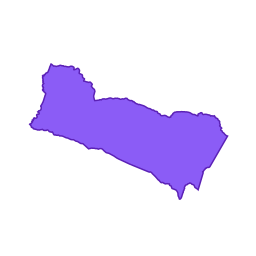 Jorge Basadre, Tacna, Peru (Robinson projection), rotated 74°
{"feature_id": "86281439B54708928525670", "entity_name": "Jorge Basadre", "entity_type": "district", "adm_level": 2, "iso_a3": "PER", "parent_name": "Peru", "parent_adm1": "Tacna", "projection": "robinson", "projection_center": [-70.838, -17.585], "detail": "fine", "context": "isolated", "style": "filled", "palette": "violet", "viewbox_px": 256, "rotation_deg": 74, "n_neighbors": 0, "source": "geoboundaries", "source_scale": "gbopen_adm2", "svg_char_len": 5742}
<svg xmlns="http://www.w3.org/2000/svg" viewBox="0 0 256 256"><g transform="rotate(74 128 128)"><path d="M163.2,34.5L162.4,35.6L161.4,36.3L160.3,36.9L159.4,37.2L158.6,37.9L157.7,38.4L156.9,38.4L156.4,38.6L155.9,39.2L155.4,39.4L154.8,39.2L154.1,38.5L153.9,38.0L151.3,39.3L151.0,39.2L150.8,38.7L150.5,38.5L148.6,38.6L146.9,38.1L146.1,38.5L144.7,39.3L143.7,39.3L142.7,40.7L141.9,40.8L141.2,41.5L140.6,41.4L140.0,41.7L140.1,42.5L139.3,44.2L139.2,45.3L138.1,45.8L137.8,46.6L136.4,49.0L135.9,50.8L135.8,52.0L135.1,52.5L133.8,52.8L133.4,53.5L133.4,54.1L133.7,54.8L133.8,56.2L133.9,56.5L134.1,56.9L134.4,57.0L135.5,57.4L135.5,57.7L135.0,58.5L133.3,60.4L132.9,61.9L130.4,64.2L129.6,65.4L128.7,67.2L128.4,68.3L127.8,69.6L127.6,70.6L127.0,72.1L126.9,73.0L125.9,76.7L125.9,77.9L125.7,78.7L125.8,79.1L126.5,80.9L127.4,81.4L127.8,82.8L128.5,83.6L129.1,83.8L129.3,84.0L129.1,84.6L129.3,85.1L129.0,85.3L129.0,85.7L128.6,86.2L128.5,86.5L127.9,87.0L127.6,87.4L127.1,87.7L126.7,88.1L126.0,89.1L125.7,91.2L125.3,92.7L124.5,93.2L123.9,93.2L123.4,93.4L123.0,93.8L122.1,95.1L120.4,95.4L120.0,95.8L119.5,97.0L118.8,97.9L118.0,98.3L117.7,98.7L117.6,99.4L117.1,100.0L115.4,101.6L114.9,102.9L114.0,103.8L113.8,104.2L112.8,104.9L111.1,106.6L108.5,110.5L108.3,111.6L107.6,112.2L106.8,113.5L105.9,114.0L105.5,114.6L104.8,114.8L104.2,115.2L104.0,115.5L104.1,115.9L103.0,116.5L102.6,117.0L102.4,118.0L102.1,118.4L102.0,118.9L101.6,119.2L100.9,120.0L99.9,120.6L99.5,120.7L99.2,120.9L98.7,122.2L99.0,124.0L98.4,125.3L98.4,127.1L98.2,127.6L97.4,128.3L97.0,129.2L96.5,129.8L96.2,131.3L95.8,132.2L95.9,133.4L95.8,134.1L95.5,134.8L94.5,136.2L94.2,136.9L94.1,138.4L94.2,139.4L94.1,141.6L93.5,142.6L93.1,144.3L93.1,144.7L93.5,145.7L93.6,146.0L93.0,147.2L93.2,148.1L92.8,150.8L92.5,152.4L91.4,152.5L88.5,152.4L87.2,151.9L85.5,150.8L85.0,150.6L83.9,149.8L83.4,149.7L81.6,149.7L80.2,150.8L79.3,151.0L78.2,151.6L77.8,151.7L77.4,151.5L76.4,150.4L75.7,150.4L73.6,151.5L73.3,152.2L73.2,153.6L72.6,154.3L72.1,155.4L71.4,156.2L70.7,157.6L70.1,157.5L69.2,156.5L68.7,156.3L67.2,157.5L66.8,157.7L64.7,157.3L64.0,157.5L62.2,159.7L61.7,159.8L59.6,158.8L59.0,158.7L57.8,159.0L56.9,159.6L56.7,160.1L57.2,162.5L57.2,163.5L57.0,164.0L56.8,164.0L55.6,163.3L54.7,163.3L54.0,163.9L53.2,164.8L52.8,166.2L53.0,167.7L52.8,168.6L52.2,169.9L51.5,171.0L51.3,171.9L51.0,172.6L50.3,173.1L50.0,174.3L49.4,175.1L49.0,175.9L49.2,178.0L49.0,179.0L49.1,179.6L49.0,180.1L48.2,181.3L48.0,182.4L45.5,184.0L45.3,184.4L46.8,185.5L47.9,186.5L49.0,187.1L52.3,189.7L52.5,190.0L52.4,190.5L52.6,191.0L52.7,191.9L53.2,192.6L53.7,192.9L53.7,193.5L53.9,193.9L54.3,194.1L53.9,194.9L54.1,195.1L54.1,195.4L54.2,195.6L54.7,195.3L54.7,195.5L54.9,195.8L55.2,195.7L55.8,196.0L56.5,196.1L56.5,196.3L57.1,196.2L57.7,196.4L58.2,196.3L58.6,196.6L58.9,196.6L59.1,196.8L59.4,196.6L59.7,196.8L59.8,196.6L60.5,196.7L60.7,197.2L61.5,197.2L62.1,196.8L62.6,197.8L63.4,198.5L64.2,198.6L64.5,198.4L64.7,198.7L65.0,198.7L65.8,198.1L66.4,198.4L66.8,198.8L67.1,198.8L67.3,199.2L67.4,199.3L67.7,198.9L68.1,199.6L68.6,199.5L68.6,199.2L69.0,198.8L69.8,198.9L70.2,198.7L70.5,198.4L70.9,198.1L71.7,197.9L72.0,197.6L72.6,197.8L74.0,198.7L74.3,199.1L74.8,199.3L76.7,200.6L77.7,201.2L79.4,202.4L81.6,204.4L82.7,205.7L83.3,205.9L83.8,205.6L85.2,206.0L86.1,206.5L86.5,206.9L87.0,208.0L86.9,209.2L87.7,209.6L87.8,209.8L87.7,210.2L88.2,210.1L88.3,209.7L88.8,209.3L89.2,209.3L89.8,209.5L90.1,210.1L89.8,211.1L89.9,211.7L90.2,212.2L90.4,212.3L90.7,212.2L91.2,212.4L91.9,212.1L92.9,212.7L93.1,213.1L93.2,213.9L92.8,214.9L92.4,215.3L92.6,215.8L92.9,215.6L93.0,215.6L93.2,215.8L93.2,216.1L93.6,216.7L93.9,216.7L94.0,217.2L94.2,216.9L94.4,217.2L94.6,217.2L94.7,217.6L95.1,217.8L95.0,218.0L95.2,218.4L95.3,218.6L95.6,218.4L95.8,218.5L96.0,218.4L96.4,219.0L96.5,219.4L97.1,219.7L97.1,220.4L97.3,220.6L97.1,221.1L97.3,221.5L97.6,221.4L98.0,221.1L98.8,220.8L99.2,220.6L100.6,220.6L100.8,220.1L101.2,220.0L102.0,219.2L102.7,219.1L104.4,216.1L104.9,215.6L105.2,214.7L105.3,214.0L105.5,213.8L105.6,213.5L105.5,212.8L105.7,211.8L105.7,210.7L106.1,210.3L106.7,210.0L107.2,209.4L107.3,209.0L107.8,207.3L107.8,207.0L107.6,206.4L107.7,205.9L108.2,205.4L109.9,204.6L110.1,204.0L110.9,202.9L110.9,202.1L111.1,201.7L113.8,201.2L114.4,200.7L114.6,199.6L115.0,199.3L115.6,197.8L115.6,197.0L115.9,196.5L116.6,196.1L116.9,195.6L117.0,194.8L117.8,193.1L120.4,190.1L120.9,188.9L123.3,186.2L123.9,184.9L124.2,183.6L126.3,181.7L127.1,180.2L129.7,177.9L130.0,177.4L130.6,175.7L137.2,171.6L137.2,170.4L137.3,169.7L137.2,169.0L137.4,168.3L137.6,167.9L138.2,166.0L138.8,165.0L139.1,164.3L139.2,163.4L140.1,162.5L140.2,162.0L140.0,161.1L140.2,160.1L140.6,159.1L141.6,158.2L143.2,157.4L145.5,155.9L145.9,155.4L147.1,153.3L151.0,149.3L153.8,147.0L155.7,145.0L163.2,136.3L175.2,121.1L175.9,120.2L176.3,119.5L176.4,118.5L177.5,117.6L178.5,117.2L182.4,115.0L186.1,113.3L186.8,112.8L186.9,112.5L187.7,112.3L189.4,111.4L189.7,111.1L189.8,110.7L189.9,109.8L190.0,109.5L190.7,109.0L192.0,107.6L192.3,105.7L192.9,104.5L193.1,103.8L193.2,103.6L194.2,103.8L194.7,103.7L195.6,102.6L195.9,102.5L197.6,102.5L198.3,102.3L198.5,102.1L199.0,101.3L200.7,99.1L202.1,98.4L203.2,98.1L204.6,98.0L205.8,98.3L207.2,98.5L208.7,98.2L210.4,98.2L210.7,97.8L210.7,97.4L210.4,96.9L210.2,96.5L209.4,95.7L209.0,95.5L208.5,95.2L208.3,94.9L207.6,94.6L206.9,94.0L206.5,93.9L205.6,93.2L205.3,92.8L203.8,92.1L203.4,91.5L202.6,91.1L201.6,90.2L201.1,90.3L200.5,90.1L199.7,89.2L199.1,88.9L198.8,88.2L198.8,87.0L198.2,85.8L198.2,84.9L197.9,83.7L198.6,82.7L199.8,82.0L200.2,81.2L201.2,80.3L203.6,80.0L206.1,77.9L206.7,77.6L191.8,68.1L191.4,68.1L191.0,68.3L190.7,68.3L190.5,67.6L189.5,66.5L188.9,65.3L188.1,64.7L188.2,63.9L187.9,63.3L187.8,62.6L188.2,61.0L187.8,60.0L163.2,34.5Z" fill="#8b5cf6" stroke="#5b21b6" stroke-width="1.5"/></g></svg>